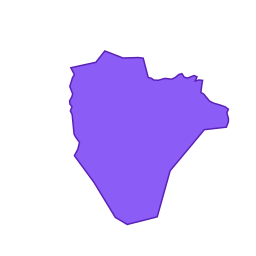 the district of São João do Arraial, Piauí, Brazil, rotated 34°
{"feature_id": "56859067B50480600243719", "entity_name": "São João do Arraial", "entity_type": "district", "adm_level": 2, "iso_a3": "BRA", "parent_name": "Brazil", "parent_adm1": "Piauí", "projection": "natural_earth1", "projection_center": [-42.455, -3.821], "detail": "fine", "context": "isolated", "style": "filled", "palette": "violet", "viewbox_px": 256, "rotation_deg": 34, "n_neighbors": 0, "source": "geoboundaries", "source_scale": "gbopen_adm2", "svg_char_len": 832}
<svg xmlns="http://www.w3.org/2000/svg" viewBox="0 0 256 256"><g transform="rotate(34 128 128)"><path d="M181.3,208.4L201.9,185.3L196.7,169.7L186.8,139.8L190.0,108.8L192.2,86.7L209.1,72.3L207.7,66.6L206.0,64.0L201.5,60.2L200.7,56.3L196.8,56.1L191.3,57.5L185.2,59.5L180.6,60.1L171.7,57.5L168.6,57.9L164.8,50.4L163.2,46.8L160.0,48.5L157.4,51.4L156.6,47.0L153.5,47.5L149.4,53.3L146.3,54.4L142.2,52.8L140.2,55.3L138.9,59.8L136.8,63.2L131.0,66.1L126.4,71.5L122.6,73.8L119.6,73.7L116.5,74.8L101.5,61.6L97.3,63.7L84.7,72.8L70.8,75.9L65.7,77.1L64.6,91.5L60.6,95.7L46.9,110.0L53.7,113.7L53.8,117.1L56.5,126.1L63.1,130.7L64.0,133.7L64.5,138.4L66.6,140.7L69.6,141.6L70.7,146.1L74.2,148.1L86.6,163.1L89.2,164.6L95.9,167.1L98.3,173.7L99.0,180.9L130.0,192.0L167.5,209.2L181.3,208.4Z" fill="#8b5cf6" stroke="#5b21b6" stroke-width="1.5"/></g></svg>